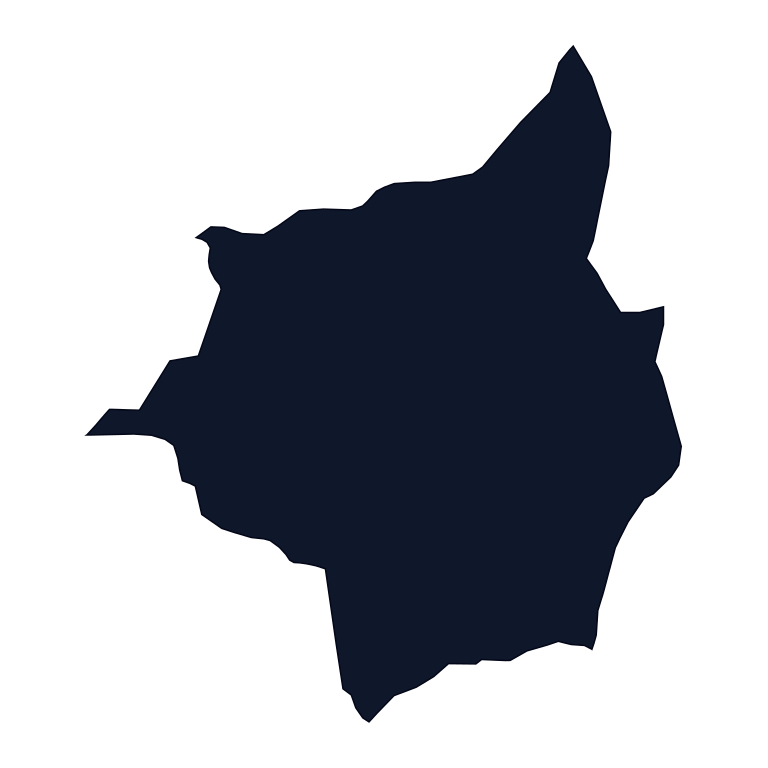 Jebel Moon, Western Darfur, Sudan (Equal Earth projection)
{"feature_id": "16777658B1532389349494", "entity_name": "Jebel Moon", "entity_type": "district", "adm_level": 2, "iso_a3": "SDN", "parent_name": "Sudan", "parent_adm1": "Western Darfur", "projection": "equal_earth", "projection_center": [22.923, 14.08], "detail": "fine", "context": "isolated", "style": "filled", "palette": "ink", "viewbox_px": 768, "rotation_deg": 0, "n_neighbors": 0, "source": "geoboundaries", "source_scale": "gbopen_adm2", "svg_char_len": 2651}
<svg xmlns="http://www.w3.org/2000/svg" viewBox="0 0 768 768"><path d="M610.7,132.2L610.6,131.5L610.1,130.1L600.9,103.8L591.4,76.6L573.2,46.1L571.1,48.4L569.8,49.7L559.1,62.9L551.6,87.4L550.1,92.4L520.6,122.4L497.6,149.1L482.6,167.1L472.7,174.2L430.7,182.3L414.5,182.3L394.2,183.6L384.5,187.2L376.5,191.2L367.5,201.4L362.6,206.0L351.2,210.0L323.6,209.1L299.5,210.8L277.7,226.3L263.8,234.7L248.2,233.9L242.1,233.6L224.4,227.4L210.9,226.9L198.5,236.0L196.2,237.6L198.5,238.3L201.9,239.2L207.1,242.3L210.3,247.9L209.9,250.5L209.2,254.7L208.6,261.3L209.6,267.8L211.6,272.6L215.1,279.1L219.9,285.0L221.2,289.4L205.6,334.9L198.3,356.0L170.0,360.9L139.4,410.2L126.9,409.9L118.8,409.6L111.4,409.4L109.5,409.4L105.3,414.1L101.4,418.6L97.0,423.8L96.6,424.3L96.0,425.0L87.0,434.8L86.7,435.0L89.4,435.0L117.0,434.4L133.7,434.0L151.3,435.2L165.0,439.3L173.8,445.4L177.9,458.3L179.7,470.0L182.4,480.7L190.0,483.4L195.3,486.1L201.8,514.5L221.8,528.4L234.4,532.5L251.3,537.5L263.8,538.8L270.1,540.5L277.5,545.9L279.5,547.4L286.0,554.5L289.7,560.1L294.0,562.5L299.6,562.8L306.1,563.7L310.7,564.6L316.1,565.8L325.4,568.8L330.7,605.6L336.2,644.0L343.0,688.8L351.3,695.0L355.8,707.8L362.8,717.9L369.0,721.9L376.7,713.5L394.0,695.6L416.2,687.2L433.7,676.6L448.5,663.6L475.9,663.9L481.6,659.5L505.6,660.5L510.2,660.4L526.9,650.9L547.3,645.0L558.3,641.3L565.0,643.0L571.2,644.5L582.5,645.3L584.4,645.4L590.8,648.7L591.7,649.1L591.9,649.3L593.9,643.4L596.2,635.2L596.3,633.9L597.8,610.6L599.2,606.0L601.4,598.8L602.5,595.4L603.3,592.6L603.7,591.1L603.8,590.8L604.7,587.5L605.4,584.8L605.8,583.4L608.0,575.0L608.5,573.1L609.0,571.2L609.8,568.4L611.8,560.8L613.7,553.7L615.3,547.7L615.4,547.4L616.3,545.7L616.5,545.2L616.8,544.7L617.0,544.1L617.2,543.8L619.7,538.4L628.1,521.8L644.1,498.2L653.3,493.8L670.9,476.9L677.4,467.0L678.6,465.2L681.1,447.3L681.3,446.5L673.8,419.8L666.8,394.6L661.7,376.5L657.4,367.1L655.1,362.2L654.8,361.6L655.2,360.3L655.6,358.5L655.7,358.1L655.8,357.7L655.8,357.4L661.3,333.9L662.3,329.6L662.5,328.8L663.5,324.6L663.5,319.2L663.5,313.0L663.5,306.8L639.8,312.5L630.8,312.5L621.4,312.5L620.6,312.5L611.6,298.4L611.2,297.7L610.3,296.4L608.3,293.3L606.0,289.7L605.8,289.5L605.4,288.6L604.9,287.8L604.6,287.2L604.4,286.8L604.2,286.4L603.8,285.7L603.5,285.1L603.1,284.4L600.3,279.2L597.1,273.3L592.0,266.3L590.2,263.9L589.9,263.4L586.3,258.5L587.0,256.6L587.3,255.8L588.0,254.2L590.2,248.6L590.5,247.7L590.8,247.1L591.2,246.0L592.3,243.1L592.5,242.6L592.9,241.5L593.2,240.8L596.0,227.2L597.4,220.0L603.8,188.4L604.9,183.0L605.6,179.6L608.6,165.7L609.4,152.7L610.2,140.3L610.6,133.3L610.7,132.2Z" fill="#0f172a" stroke="#020617" stroke-width="1.5"/></svg>